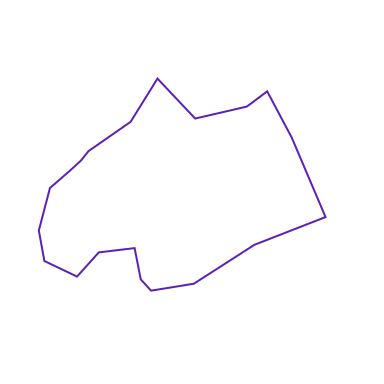 the Urban county of Szolnok, rotated 112°
{"feature_id": "HUN-4918", "entity_name": "Szolnok", "entity_type": "Urban county", "adm_level": 1, "iso_a3": "HUN", "parent_name": "Hungary", "parent_adm1": "", "projection": "natural_earth1", "projection_center": [20.178, 47.22], "detail": "fine", "context": "isolated", "style": "outline", "palette": "violet", "viewbox_px": 384, "rotation_deg": 112, "n_neighbors": 0, "source": "natural_earth", "source_scale": "10m", "svg_char_len": 413}
<svg xmlns="http://www.w3.org/2000/svg" viewBox="0 0 384 384"><g transform="rotate(112 192 192)"><path d="M99.8,266.5L122.7,216.6L92.2,173.1L70.5,160.0L104.2,119.9L165.2,58.8L217.5,114.3L276.3,155.9L298.8,193.0L292.2,206.8L265.5,224.2L282.9,255.8L313.5,266.9L311.3,303.0L285.1,319.6L241.5,325.2L218.0,313.2L204.6,306.8L192.9,303.3L149.9,275.2L99.8,266.5Z" fill="none" stroke="#5b21b6" stroke-width="2"/></g></svg>